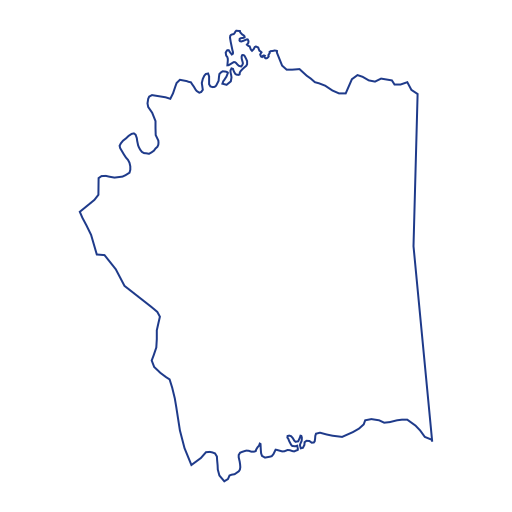 outline of Seberang Perai Tengah, Pulau Pinang, Malaysia
{"feature_id": "92858781B39236522821869", "entity_name": "Seberang Perai Tengah", "entity_type": "district", "adm_level": 2, "iso_a3": "MYS", "parent_name": "Malaysia", "parent_adm1": "Pulau Pinang", "projection": "natural_earth1", "projection_center": [100.443, 5.364], "detail": "fine", "context": "isolated", "style": "outline", "palette": "blue", "viewbox_px": 512, "rotation_deg": 0, "n_neighbors": 0, "source": "geoboundaries", "source_scale": "gbopen_adm2", "svg_char_len": 4555}
<svg xmlns="http://www.w3.org/2000/svg" viewBox="0 0 512 512"><path d="M432.2,441.7L413.5,246.2L417.6,94.0L411.4,89.9L407.3,82.2L400.6,84.5L394.5,84.5L391.9,80.4L381.1,78.6L375.0,81.6L368.8,80.4L362.6,76.8L357.5,75.1L351.9,79.2L348.8,86.3L345.7,93.4L339.0,93.4L332.4,90.5L325.2,85.7L319.0,83.3L314.9,82.2L310.8,78.6L306.7,75.7L299.5,69.1L291.8,69.7L286.7,69.7L282.1,65.6L276.9,52.6L277.0,51.0L276.1,50.7L274.4,50.5L273.5,50.8L272.4,51.0L270.8,51.1L269.6,51.9L269.7,53.0L268.4,55.1L268.7,56.3L268.3,57.0L267.1,58.1L265.9,58.4L264.8,57.7L264.2,56.8L264.8,55.8L263.9,55.4L262.9,55.8L262.1,57.0L261.0,56.5L260.2,54.6L260.7,53.5L261.5,52.3L260.5,51.4L259.4,50.7L258.7,48.9L258.2,47.5L255.9,46.5L254.7,47.1L253.8,49.0L252.0,50.8L250.9,49.6L250.4,48.4L249.7,46.4L248.5,46.0L246.9,44.7L247.5,43.9L248.3,42.9L248.5,41.2L248.1,40.2L247.8,39.5L247.1,39.3L245.5,39.9L243.4,40.8L241.3,41.5L240.0,41.2L239.5,40.5L239.7,38.8L240.8,38.2L242.3,38.0L243.6,37.8L244.6,37.3L244.5,36.3L243.7,35.4L242.1,34.4L240.2,32.3L239.9,31.0L237.9,30.9L236.3,30.7L235.4,31.6L234.8,32.8L233.7,34.1L232.2,34.4L231.0,34.9L230.3,35.7L230.0,37.6L230.7,41.9L232.4,50.1L233.0,52.2L232.9,53.7L231.8,54.5L229.9,52.1L228.7,50.2L227.3,50.2L226.5,51.2L225.7,52.6L225.9,53.9L226.2,55.6L227.3,57.0L227.8,58.8L227.8,60.5L227.4,65.3L228.6,65.2L229.8,64.5L232.6,62.8L233.7,62.1L234.8,62.1L236.0,62.9L237.3,64.4L238.8,65.8L241.1,66.5L242.1,65.4L242.5,64.6L242.9,63.4L242.7,62.3L242.2,60.6L241.7,58.5L241.6,56.7L242.0,55.3L242.7,55.0L243.8,55.2L244.7,56.1L246.1,58.8L247.1,61.1L247.1,62.6L247.1,64.2L246.3,65.8L244.7,67.1L243.0,68.6L240.8,70.9L239.8,72.5L239.6,74.4L238.6,74.9L236.4,74.6L235.3,73.9L234.3,72.2L233.5,70.5L233.0,68.9L231.5,68.4L230.5,70.4L230.5,72.2L231.1,74.8L231.5,77.4L231.2,79.2L230.8,81.4L226.6,84.8L222.4,83.7L223.3,81.2L224.3,79.9L225.3,78.3L226.4,76.7L227.9,72.9L227.5,72.3L225.8,71.6L222.7,71.3L221.1,72.3L219.4,74.0L219.0,76.7L218.6,80.8L216.1,85.7L214.6,86.9L212.5,87.1L210.4,86.4L209.1,84.2L209.1,79.4L209.1,76.4L208.1,73.5L205.8,74.0L204.3,75.7L202.8,78.9L201.8,83.0L202.8,89.8L201.2,92.0L199.3,92.7L196.7,91.0L195.7,89.8L193.8,86.6L192.1,84.2L190.9,82.3L188.5,81.8L186.7,81.1L179.9,79.8L176.6,83.0L175.3,86.6L173.0,93.4L170.3,98.8L165.6,97.3L152.0,95.1L149.2,96.6L148.2,98.8L147.5,103.4L148.2,107.0L152.2,112.8L155.5,121.1L155.5,124.2L155.5,127.9L155.7,135.1L158.3,140.5L158.5,142.7L158.3,144.8L157.4,146.8L155.5,148.5L153.9,150.7L151.5,152.4L149.0,153.8L146.3,153.3L144.0,153.1L141.9,151.9L140.2,149.7L138.9,147.3L138.1,145.3L137.2,141.0L136.8,138.1L135.6,134.7L133.9,133.4L131.6,133.9L128.6,135.9L126.1,138.3L123.0,140.7L120.8,143.4L119.6,145.8L120.2,148.2L122.1,151.4L123.8,154.3L125.9,157.5L128.0,159.9L129.5,162.8L130.3,166.4L130.3,169.8L129.5,172.7L125.5,175.2L122.5,176.6L114.5,177.6L111.6,177.1L108.9,176.6L105.9,175.9L101.5,176.1L98.6,178.1L98.4,194.8L94.4,199.9L79.8,211.8L82.4,217.8L86.5,225.5L91.1,234.9L96.8,254.5L104.5,255.1L115.8,269.3L124.5,285.9L151.7,307.2L157.3,311.9L159.9,316.7L158.4,323.2L156.8,330.3L156.8,339.2L156.3,347.5L153.7,355.2L151.7,360.5L154.2,367.0L160.4,372.9L166.0,377.1L169.6,379.4L172.2,387.7L174.8,398.4L176.3,407.3L179.9,430.4L184.5,448.1L191.4,465.0L200.9,458.0L206.0,452.2L209.8,451.9L212.3,452.4L215.0,453.4L216.9,456.5L217.1,459.9L217.6,465.3L217.8,469.6L219.4,475.5L224.3,481.3L226.2,480.1L227.9,479.1L228.7,477.4L229.5,475.5L231.6,474.7L234.6,474.2L238.8,471.3L239.9,469.6L240.3,467.2L240.1,464.5L239.7,461.7L238.7,457.3L238.7,455.0L240.1,452.7L242.1,451.9L244.5,451.1L246.4,450.6L248.8,450.8L251.4,451.7L253.9,451.7L255.7,451.1L256.2,449.5L257.6,447.2L259.0,445.7L259.8,443.6L260.5,444.0L260.8,449.7L261.1,453.3L262.0,455.9L265.0,457.6L269.9,456.7L271.7,456.2L273.4,454.2L275.6,449.7L276.8,449.9L282.2,451.4L284.3,451.3L287.6,450.0L289.8,450.2L292.4,451.1L294.2,451.4L296.0,450.6L297.7,450.0L297.9,449.1L297.2,445.7L295.2,446.3L293.6,446.1L292.3,446.0L291.2,444.9L289.8,442.3L289.0,440.7L288.4,439.0L287.4,437.6L287.6,436.0L289.2,435.6L291.1,436.2L292.8,438.1L294.3,440.7L295.6,441.8L298.2,441.3L299.8,437.8L300.5,435.7L301.3,435.9L301.8,437.4L301.8,439.1L301.6,441.0L300.6,443.2L299.9,445.0L300.8,448.3L302.9,447.8L304.4,444.9L304.6,442.2L306.5,440.8L309.4,441.0L311.7,442.7L313.8,442.5L314.7,441.3L315.1,438.6L315.3,435.9L316.0,433.7L320.0,432.7L326.7,434.5L332.4,435.7L342.1,436.9L352.9,432.1L359.0,428.6L363.7,424.4L365.2,420.3L371.4,419.1L379.1,420.3L384.2,422.7L389.8,422.1L397.0,420.3L401.7,419.7L407.3,419.7L415.5,425.6L420.1,430.4L424.8,436.9L431.9,439.8L432.2,441.7Z" fill="none" stroke="#1e3a8a" stroke-width="2"/></svg>